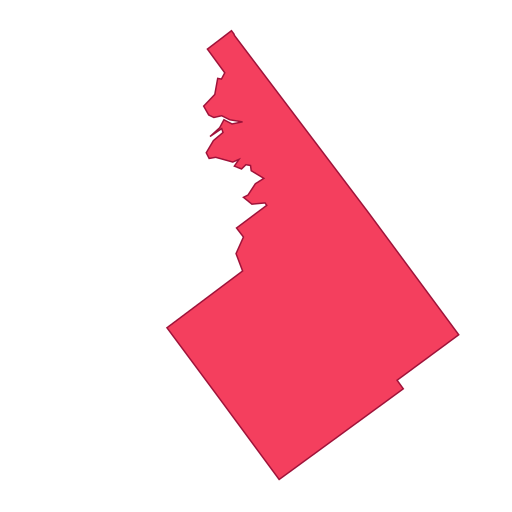 Benson, North Dakota, United States of America (orthographic projection), rotated 233°
{"feature_id": "52423323B29085159471354", "entity_name": "Benson", "entity_type": "district", "adm_level": 2, "iso_a3": "USA", "parent_name": "United States of America", "parent_adm1": "North Dakota", "projection": "orthographic", "projection_center": [-98.952, 48.109], "detail": "fine", "context": "isolated", "style": "filled", "palette": "rose", "viewbox_px": 512, "rotation_deg": 233, "n_neighbors": 0, "source": "geoboundaries", "source_scale": "gbopen_adm2", "svg_char_len": 767}
<svg xmlns="http://www.w3.org/2000/svg" viewBox="0 0 512 512"><g transform="rotate(233 256 256)"><path d="M223.0,371.9L445.0,371.5L446.7,372.0L450.7,372.0L450.5,341.7L421.1,341.3L418.1,334.9L420.9,332.3L409.8,320.3L407.2,304.4L397.1,303.1L392.0,305.7L388.7,313.0L380.5,317.1L371.2,326.0L375.9,316.3L384.1,312.4L380.3,304.2L379.1,291.2L378.4,305.3L374.5,304.0L373.8,291.5L368.4,278.4L362.1,277.3L359.1,283.2L345.0,294.0L343.4,300.6L340.8,292.8L334.2,296.8L335.0,302.9L331.6,306.1L327.0,303.5L313.3,309.0L314.1,299.0L309.5,286.3L310.4,281.3L299.9,283.9L293.0,295.1L290.0,295.1L290.1,257.3L278.7,257.4L269.9,241.5L252.1,236.3L252.3,141.7L166.9,141.1L63.6,140.0L61.3,293.7L71.9,293.9L71.1,370.5L223.0,371.9Z" fill="#f43f5e" stroke="#9f1239" stroke-width="1.5"/></g></svg>